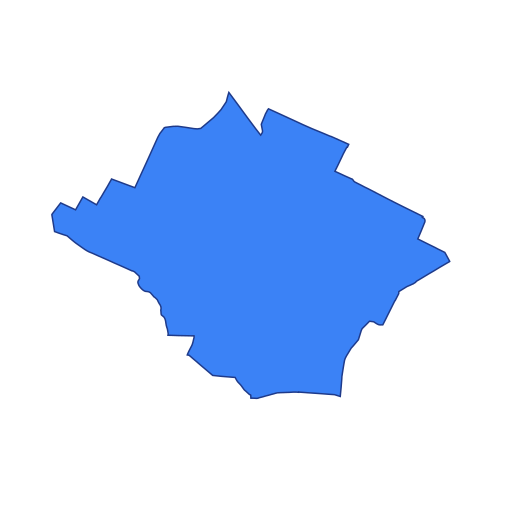 outline of Botiz, Satu Mare, Romania, rotated 248°
{"feature_id": "2599482B62414452256024", "entity_name": "Botiz", "entity_type": "district", "adm_level": 2, "iso_a3": "ROU", "parent_name": "Romania", "parent_adm1": "Satu Mare", "projection": "orthographic", "projection_center": [22.945, 47.838], "detail": "fine", "context": "isolated", "style": "filled", "palette": "blue", "viewbox_px": 512, "rotation_deg": 248, "n_neighbors": 0, "source": "geoboundaries", "source_scale": "gbopen_adm2", "svg_char_len": 4127}
<svg xmlns="http://www.w3.org/2000/svg" viewBox="0 0 512 512"><g transform="rotate(248 256 256)"><path d="M354.1,78.4L352.8,79.9L351.4,81.4L347.7,85.7L345.5,88.4L339.9,91.3L336.8,93.0L335.4,93.8L329.0,97.9L326.1,99.8L324.3,101.1L322.4,102.7L319.7,105.5L314.9,110.1L309.9,115.0L306.6,118.2L302.8,121.8L297.9,126.6L292.7,131.6L290.8,133.4L288.9,135.2L288.6,135.5L288.6,135.8L286.9,137.4L283.9,138.8L280.9,140.2L280.7,140.1L278.6,139.5L277.0,137.4L276.7,137.1L275.5,136.5L274.4,136.4L272.7,136.4L271.9,136.5L270.3,136.9L269.2,137.3L268.2,137.7L266.3,138.7L264.8,140.0L263.3,142.7L262.6,143.5L261.6,144.3L260.2,144.8L257.9,145.6L256.5,146.0L255.7,146.6L254.3,147.3L252.4,148.1L250.3,148.2L248.5,148.4L247.7,148.5L247.3,148.7L246.3,148.8L244.5,148.8L243.5,148.5L242.4,148.1L241.6,147.5L239.9,147.0L238.1,146.4L237.0,146.2L236.5,146.4L234.2,147.6L233.7,147.8L232.5,148.0L231.0,148.0L229.6,147.8L227.0,147.2L225.2,146.8L223.4,146.6L221.6,146.5L219.2,146.0L216.9,145.5L215.5,144.7L214.2,147.7L211.4,154.0L208.5,160.8L206.1,166.4L205.2,168.6L203.9,168.2L201.5,166.5L199.9,165.4L197.9,163.8L197.0,162.9L194.1,159.5L192.7,157.9L190.6,155.7L190.0,155.2L189.0,156.8L174.1,164.5L161.5,171.1L157.2,179.2L151.2,191.2L148.9,191.4L147.5,191.6L145.9,192.0L144.4,192.6L142.4,193.4L140.7,193.9L139.0,194.3L136.6,194.9L136.3,195.0L136.0,195.1L134.9,195.7L134.3,196.0L133.7,196.3L132.6,196.8L131.4,197.4L130.1,198.0L129.7,198.4L129.3,198.9L128.9,199.0L126.4,198.1L126.1,198.0L125.4,199.7L124.4,201.9L123.9,202.9L123.6,203.8L123.4,204.6L123.4,205.7L123.2,207.4L122.9,209.4L122.6,212.5L122.2,215.5L121.9,218.5L121.6,220.7L121.4,222.8L121.1,224.7L120.6,226.1L120.1,227.6L119.1,230.3L118.1,233.1L117.1,235.8L115.8,239.7L115.2,241.2L114.6,242.6L113.6,244.6L113.9,244.8L113.6,245.2L113.4,245.5L111.0,250.4L110.0,252.4L106.6,259.4L104.4,263.9L100.1,272.6L98.0,276.9L94.2,281.5L102.1,285.6L109.9,289.5L112.1,290.5L119.8,295.1L122.9,297.0L126.2,299.1L127.7,300.4L129.6,302.6L131.0,304.5L134.9,309.7L136.2,312.4L138.2,316.2L139.7,319.0L140.0,319.6L141.0,320.4L142.0,321.2L147.5,325.7L148.9,327.2L150.9,332.0L153.0,336.8L150.9,340.5L148.7,342.0L147.4,343.0L146.3,344.1L145.7,345.1L144.8,347.4L144.7,347.8L149.3,353.1L151.2,355.2L156.4,361.1L159.5,364.6L162.5,368.0L162.5,368.3L167.6,374.2L169.5,375.1L171.1,384.4L171.2,388.5L171.3,390.0L171.3,391.4L171.6,392.7L171.8,394.1L172.2,394.6L172.5,395.5L172.7,396.6L173.0,398.7L174.7,409.3L175.6,415.6L176.6,421.6L177.5,427.7L177.9,430.5L178.3,433.4L178.4,433.6L186.3,432.7L188.6,432.4L193.0,428.5L194.3,427.3L196.7,425.3L201.5,421.0L211.2,412.4L213.0,414.2L214.6,415.8L217.3,418.5L223.6,424.6L224.4,425.4L225.2,425.8L226.0,426.1L226.8,426.1L227.6,426.0L228.4,425.6L229.0,425.1L229.3,424.7L229.5,424.6L229.9,424.8L229.9,425.0L230.1,425.3L230.2,425.5L234.8,421.4L239.4,417.3L246.8,410.7L254.3,404.1L259.0,400.0L263.8,395.9L270.0,390.6L276.2,385.3L279.3,382.5L282.5,379.8L285.1,377.5L287.8,375.2L288.8,374.7L290.3,374.4L291.3,374.0L292.2,373.0L294.8,370.5L297.4,368.0L300.2,365.4L304.0,361.8L305.0,360.9L309.0,365.4L315.4,372.4L318.0,375.2L322.3,380.3L322.9,381.2L323.0,381.6L322.8,381.7L324.8,383.8L332.5,376.4L337.7,371.4L339.0,370.1L339.2,369.7L344.0,364.9L348.8,360.0L353.0,355.7L359.9,349.0L367.8,341.6L371.8,337.8L376.6,333.3L384.0,326.3L387.8,322.7L386.7,320.9L386.3,320.6L386.0,320.2L385.1,319.1L384.2,318.0L382.8,316.7L378.6,312.6L376.4,310.5L376.0,310.2L375.0,310.0L369.9,309.0L369.0,308.7L368.2,308.2L367.5,307.3L366.6,306.1L366.3,305.6L373.7,303.5L386.6,300.1L394.9,298.0L403.2,295.9L417.8,292.1L416.1,290.7L413.9,289.0L410.2,286.3L408.8,284.3L406.3,280.6L404.9,278.6L402.7,274.1L400.2,268.5L398.3,262.7L395.9,255.4L395.4,253.8L395.2,253.2L395.0,252.6L395.2,251.8L395.6,250.2L395.8,249.3L396.6,247.7L397.4,246.1L399.3,242.9L401.4,239.4L405.6,232.1L406.8,228.9L407.2,227.9L408.8,221.8L409.2,220.3L409.3,219.0L409.1,218.8L405.6,212.8L402.9,209.5L384.0,189.7L375.6,180.8L364.7,169.3L381.5,150.9L380.6,149.9L379.3,148.2L376.4,144.6L371.7,138.4L368.9,134.8L367.7,133.0L363.2,127.4L375.6,117.6L366.4,106.0L378.4,94.8L371.4,82.9L370.8,82.2L354.1,78.4Z" fill="#3b82f6" stroke="#1e3a8a" stroke-width="1.5"/></g></svg>